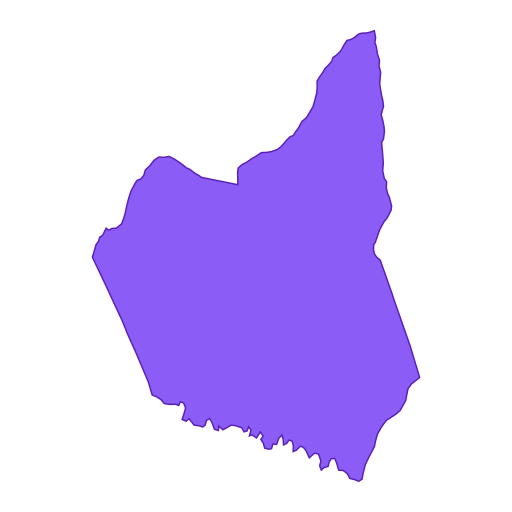 outline of Tuneiras do Oeste, Paraná, Brazil
{"feature_id": "56859067B31393731178393", "entity_name": "Tuneiras do Oeste", "entity_type": "district", "adm_level": 2, "iso_a3": "BRA", "parent_name": "Brazil", "parent_adm1": "Paraná", "projection": "equal_earth", "projection_center": [-52.836, -23.86], "detail": "fine", "context": "isolated", "style": "filled", "palette": "violet", "viewbox_px": 512, "rotation_deg": 0, "n_neighbors": 0, "source": "geoboundaries", "source_scale": "gbopen_adm2", "svg_char_len": 2808}
<svg xmlns="http://www.w3.org/2000/svg" viewBox="0 0 512 512"><path d="M410.1,345.8L393.7,298.9L392.5,295.0L380.2,260.1L376.6,257.1L374.3,253.6L373.5,249.3L373.7,245.0L375.5,241.8L379.6,229.9L383.8,222.0L387.0,218.1L391.0,210.5L391.6,206.0L389.3,197.2L387.5,193.2L386.3,187.9L386.6,181.8L384.2,178.2L382.7,170.7L383.3,163.0L382.6,153.7L382.0,146.8L381.6,142.4L383.5,138.9L384.4,131.8L384.1,127.2L382.7,120.1L381.2,114.9L382.1,110.9L383.5,106.5L382.9,100.9L381.6,95.5L380.6,89.7L379.7,84.3L380.6,72.0L379.0,66.1L379.5,60.5L377.4,53.8L376.3,46.7L374.9,42.5L375.6,37.5L374.3,30.7L370.9,31.9L367.1,32.9L361.7,33.2L358.5,34.1L354.7,37.3L351.1,39.4L346.9,40.5L344.2,44.6L340.8,50.9L336.3,55.3L333.0,57.5L331.9,61.1L328.3,65.3L325.1,68.4L322.7,72.6L319.3,77.3L317.1,81.2L317.2,86.9L316.8,92.6L315.7,96.8L314.6,101.3L312.9,106.9L309.3,113.0L306.1,118.0L302.0,121.4L300.3,124.5L298.7,127.6L295.6,131.8L293.2,135.6L290.3,136.6L286.7,140.1L283.8,143.6L280.6,147.0L277.3,149.5L271.5,151.6L266.4,152.4L261.5,152.6L255.5,156.5L251.8,158.6L248.5,161.0L245.7,162.8L242.1,164.5L238.2,168.0L237.6,172.6L237.8,179.1L237.8,184.7L201.5,177.4L198.7,175.4L195.5,173.7L189.7,169.3L186.1,167.7L183.4,165.3L178.3,161.7L174.1,158.9L168.9,156.4L163.9,157.4L158.9,157.0L153.9,160.4L150.1,165.5L145.4,169.9L143.8,175.4L140.7,179.0L137.2,180.3L135.2,183.1L133.4,186.6L130.9,191.4L128.5,198.9L126.7,206.0L125.1,213.7L123.5,218.9L121.6,223.9L116.2,228.2L111.7,228.5L109.0,230.2L106.1,228.2L102.7,235.3L99.7,237.2L98.6,241.2L96.1,244.6L94.1,251.4L92.4,257.2L105.5,284.7L110.6,295.8L122.6,321.6L127.5,333.9L135.8,352.3L148.3,381.8L152.2,395.0L156.5,396.8L160.7,399.3L164.4,403.6L169.4,404.4L175.9,404.3L178.7,405.5L180.3,401.8L183.7,403.1L185.6,408.0L184.1,413.3L182.1,419.5L186.2,421.2L188.9,418.6L194.1,425.1L199.1,425.8L202.7,427.0L205.2,425.1L206.4,420.5L209.6,418.6L211.8,422.2L214.5,429.3L218.4,430.5L218.8,426.1L223.0,429.8L228.0,427.0L231.0,425.1L235.7,425.7L241.8,427.8L244.0,431.8L247.0,431.0L248.6,426.8L251.0,430.1L249.4,435.9L252.2,434.9L256.5,438.0L260.3,432.0L263.2,436.2L260.8,439.4L263.3,443.2L264.7,448.2L268.7,449.2L271.5,448.7L272.9,444.0L276.6,444.4L278.9,438.2L281.9,434.9L283.2,439.5L283.5,444.9L286.6,443.5L288.9,440.1L292.1,441.1L293.3,445.5L293.2,451.6L296.5,450.1L300.3,446.2L303.1,447.2L305.9,450.3L309.3,457.8L314.4,453.2L318.5,454.0L320.9,460.9L319.7,465.9L321.3,470.1L324.0,467.6L328.1,466.4L329.2,462.0L331.2,458.8L334.8,458.4L336.8,463.6L338.7,470.2L343.2,470.5L347.5,473.8L349.7,478.4L355.2,479.8L358.7,481.3L362.1,479.1L363.1,473.2L365.4,464.4L367.7,459.6L369.6,455.7L371.8,451.7L374.4,446.6L375.5,441.1L377.3,434.5L380.8,428.1L383.4,424.2L386.5,420.3L396.1,414.0L400.2,410.4L405.6,400.7L406.5,396.2L408.0,388.7L411.4,384.1L419.6,377.4L410.1,345.8Z" fill="#8b5cf6" stroke="#5b21b6" stroke-width="1.5"/></svg>